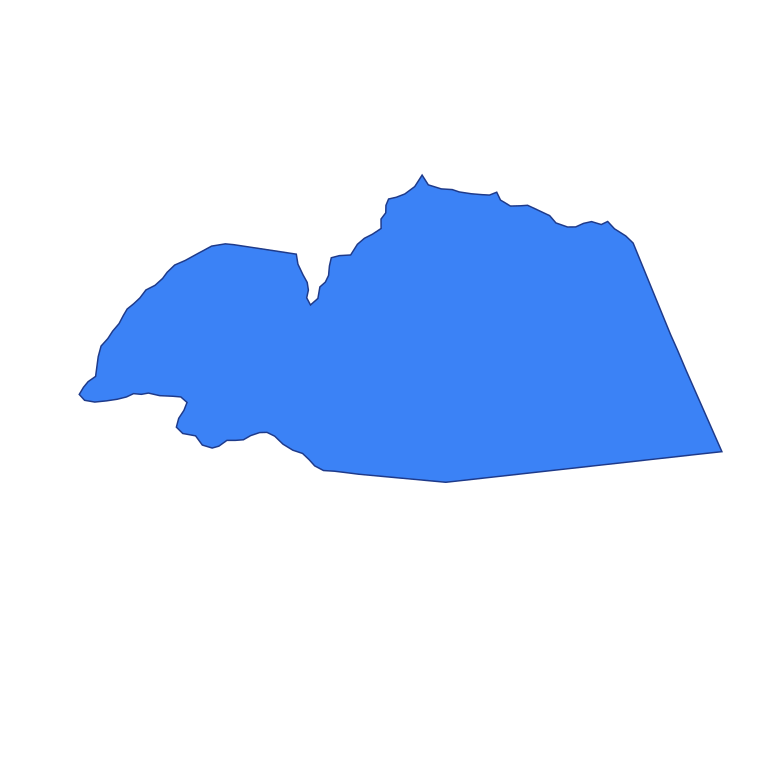 Riacho dos Cavalos, Paraíba, Brazil, rotated 157°
{"feature_id": "56859067B6406172086981", "entity_name": "Riacho dos Cavalos", "entity_type": "district", "adm_level": 2, "iso_a3": "BRA", "parent_name": "Brazil", "parent_adm1": "Paraíba", "projection": "albers", "projection_center": [-37.603, -6.47], "detail": "fine", "context": "isolated", "style": "filled", "palette": "blue", "viewbox_px": 768, "rotation_deg": 157, "n_neighbors": 0, "source": "geoboundaries", "source_scale": "gbopen_adm2", "svg_char_len": 1596}
<svg xmlns="http://www.w3.org/2000/svg" viewBox="0 0 768 768"><g transform="rotate(157 384 384)"><path d="M99.6,416.4L103.6,425.8L111.2,436.8L114.6,446.2L121.7,445.9L129.5,452.4L137.6,453.9L146.2,453.7L153.7,456.8L162.8,465.1L165.7,474.2L173.9,483.4L182.0,492.4L188.7,494.7L198.1,498.4L204.9,507.8L205.3,516.5L213.1,516.7L220.0,520.1L229.3,525.0L239.7,531.4L245.2,536.3L255.0,541.2L265.4,550.0L267.3,561.4L278.6,553.7L290.6,550.8L299.7,551.1L307.5,552.5L312.4,547.7L315.5,540.9L322.3,537.0L325.9,528.3L336.2,526.4L345.1,525.8L353.9,523.0L364.3,515.8L374.9,519.6L383.2,520.8L388.1,514.0L392.6,505.6L398.2,500.7L405.1,498.4L411.4,488.6L420.8,485.5L421.5,493.5L416.9,500.0L415.0,507.5L415.9,516.2L416.4,528.0L414.0,537.8L468.1,571.1L475.3,575.0L488.8,578.3L503.9,576.9L511.8,576.1L518.7,575.4L530.2,575.3L539.9,571.6L546.5,567.7L556.2,564.3L566.4,563.6L575.1,558.6L583.3,555.6L591.1,553.4L597.2,548.9L604.3,543.1L613.1,538.7L620.5,533.7L629.6,529.5L636.4,520.8L646.5,503.7L655.4,501.8L661.9,498.4L668.6,493.5L666.0,486.0L657.3,480.4L646.0,476.9L635.5,474.2L626.1,472.7L618.3,473.0L611.4,469.3L604.4,467.7L595.0,460.9L583.3,455.3L576.1,451.5L572.5,444.0L578.5,437.9L586.4,432.6L592.0,425.4L588.6,417.1L577.7,409.9L575.1,398.8L567.2,392.2L560.3,391.3L550.6,393.5L542.6,390.1L535.2,387.6L526.9,388.6L517.5,387.9L510.6,385.2L505.0,378.7L500.5,368.1L493.8,358.7L486.1,351.9L482.5,343.6L479.8,335.7L473.5,328.0L463.7,323.1L452.4,316.6L442.3,310.7L365.5,269.4L327.8,258.1L123.6,197.0L99.4,189.7L100.6,277.9L100.6,301.3L100.9,317.6L99.6,416.4Z" fill="#3b82f6" stroke="#1e3a8a" stroke-width="1.5"/></g></svg>